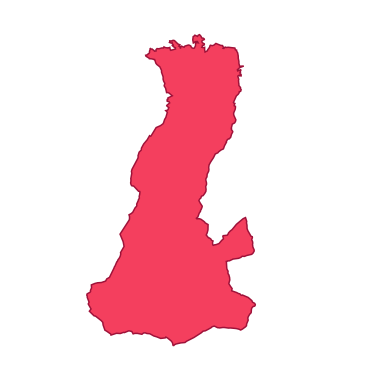 outline of Maieru, Bistrita-Nasaud, Romania, rotated 191°
{"feature_id": "2599482B60553702262624", "entity_name": "Maieru", "entity_type": "district", "adm_level": 2, "iso_a3": "ROU", "parent_name": "Romania", "parent_adm1": "Bistrita-Nasaud", "projection": "albers", "projection_center": [24.741, 47.474], "detail": "fine", "context": "isolated", "style": "filled", "palette": "rose", "viewbox_px": 384, "rotation_deg": 191, "n_neighbors": 0, "source": "geoboundaries", "source_scale": "gbopen_adm2", "svg_char_len": 6075}
<svg xmlns="http://www.w3.org/2000/svg" viewBox="0 0 384 384"><g transform="rotate(191 192 192)"><path d="M219.1,346.5L219.5,345.7L220.5,344.8L220.3,341.5L219.1,338.5L218.4,339.0L217.8,340.0L216.7,340.5L215.4,340.8L214.4,339.6L215.4,339.6L216.8,339.0L216.5,335.8L217.0,334.5L217.1,333.7L218.2,333.3L219.4,333.4L221.0,334.7L221.0,335.0L222.4,335.6L223.6,335.6L226.9,333.8L227.4,332.6L230.3,333.2L230.6,332.9L230.7,331.1L231.0,331.1L231.7,332.5L232.8,332.7L232.0,334.2L234.0,334.6L238.1,337.3L239.5,337.3L241.1,336.3L242.7,336.1L242.5,335.3L242.7,334.5L240.8,334.2L240.0,334.8L239.4,333.4L238.4,332.8L238.3,332.4L239.1,331.9L237.5,330.9L235.8,330.4L235.9,329.9L235.5,329.2L239.8,327.0L240.1,327.2L239.9,327.4L241.0,328.5L241.4,329.7L242.9,328.8L243.2,329.0L243.6,328.7L246.0,328.7L247.2,329.1L247.4,328.0L249.2,327.6L251.8,326.3L253.7,326.1L254.5,324.8L254.2,323.6L255.7,323.1L256.1,323.5L258.6,324.8L259.5,324.4L260.3,324.9L260.5,324.6L260.3,324.0L260.6,322.0L260.3,321.1L260.6,319.9L261.4,319.3L261.8,318.3L263.6,317.4L263.1,316.5L259.5,315.1L259.3,314.7L257.0,315.0L254.2,314.9L254.3,314.6L253.5,314.2L252.1,311.6L250.9,310.5L247.4,308.7L245.1,305.5L244.8,303.8L242.3,299.5L241.9,297.2L241.0,295.4L239.4,293.5L239.6,290.9L237.7,288.8L235.9,284.7L234.8,285.0L233.5,284.8L229.7,282.7L233.6,279.7L233.3,278.6L233.9,278.2L233.7,278.0L233.9,276.7L233.6,276.3L231.9,276.3L230.9,275.2L233.3,272.2L233.3,271.8L230.8,270.3L231.1,269.8L231.1,268.7L231.7,267.6L233.3,266.9L231.4,265.5L231.9,260.2L232.7,258.1L233.1,254.7L233.5,253.4L235.5,251.2L239.5,248.4L242.9,239.2L243.4,238.8L244.4,239.2L245.9,234.8L248.6,229.9L250.0,225.4L249.8,223.5L251.5,221.0L251.9,217.2L251.5,216.2L251.6,214.7L255.2,202.9L255.4,200.7L254.7,198.9L254.6,193.2L254.3,192.5L254.0,190.7L254.0,189.2L253.2,187.5L252.2,186.6L250.4,186.7L244.6,182.5L243.5,182.6L243.1,182.1L242.9,179.7L243.0,177.6L242.5,175.9L243.1,174.3L243.1,173.4L244.0,169.6L243.6,168.3L243.7,167.4L244.8,165.7L246.3,160.8L247.6,159.2L249.5,157.6L248.6,155.8L248.2,153.3L248.4,152.3L254.6,136.9L250.1,130.1L248.3,125.6L250.6,118.8L250.1,117.7L250.2,115.2L250.9,112.9L251.7,111.4L252.1,109.5L252.5,109.1L253.4,104.7L253.8,103.9L254.1,102.2L256.7,92.5L259.1,90.4L259.8,88.1L263.6,85.9L267.3,84.9L269.9,83.7L273.1,81.6L272.3,78.7L272.9,76.0L272.6,74.9L273.0,74.1L275.5,72.0L275.6,70.7L275.0,69.9L274.7,68.5L272.0,64.2L272.5,62.3L268.8,57.9L270.0,55.4L264.6,51.8L262.9,51.7L256.5,48.4L254.7,47.0L253.9,44.5L251.1,39.7L249.5,39.2L244.7,37.1L244.2,36.1L239.2,38.9L235.4,39.4L232.5,41.1L231.5,41.1L227.5,43.7L224.5,43.6L222.7,41.5L221.2,42.3L218.6,42.8L214.0,42.8L212.7,44.3L211.2,44.8L209.3,44.5L206.3,44.8L202.1,43.4L199.1,43.1L194.8,42.3L190.4,43.7L190.0,44.6L188.1,44.0L184.0,41.8L182.5,40.4L181.3,37.8L180.6,37.8L180.0,38.8L178.6,39.8L174.3,41.7L170.2,42.9L168.8,44.5L162.4,49.5L155.9,55.7L154.6,57.5L152.4,58.3L149.4,60.7L147.2,62.6L146.8,63.3L145.5,64.2L144.3,64.6L141.1,63.7L138.8,63.9L135.9,64.9L134.2,65.2L130.3,65.4L128.1,65.9L122.6,66.4L119.8,66.3L117.9,65.8L116.4,67.0L113.8,69.8L113.0,71.1L113.2,72.9L112.4,76.9L113.2,79.0L112.9,80.6L111.9,83.4L111.3,83.9L110.9,85.2L111.3,88.3L111.2,89.2L110.8,90.3L110.0,91.3L108.8,91.9L108.4,92.5L108.4,93.7L109.3,94.7L111.6,95.4L112.5,96.8L116.7,99.2L122.8,100.5L123.2,100.1L123.9,100.0L125.7,101.2L127.0,101.2L128.9,101.8L134.2,102.6L134.2,104.9L136.2,106.7L138.4,109.1L138.1,112.8L138.8,115.3L140.0,117.7L141.0,118.7L141.3,119.5L141.5,121.2L142.9,122.8L143.4,124.1L144.9,130.0L145.1,130.2L145.1,130.4L144.5,130.5L143.7,131.2L142.1,131.6L138.9,134.0L133.6,135.8L131.6,137.1L130.5,138.5L128.2,138.8L126.2,140.1L121.5,142.2L120.4,143.7L119.7,145.9L120.0,147.1L121.8,149.7L122.6,152.2L122.6,153.5L123.2,155.1L124.1,156.3L124.3,157.1L124.0,158.6L124.3,159.6L125.7,159.9L129.9,164.8L131.0,166.7L131.7,169.9L132.6,172.0L132.7,173.6L134.6,177.1L136.7,175.6L142.2,168.8L145.5,162.7L147.0,161.0L148.3,158.9L148.6,157.5L149.2,156.3L153.0,155.1L153.3,154.5L152.2,152.0L153.6,150.2L155.6,146.6L158.2,145.0L160.1,144.3L160.6,143.8L161.0,143.7L161.5,144.1L162.0,145.5L162.2,146.5L162.0,147.9L163.6,148.3L164.6,149.5L166.2,150.2L167.1,150.2L169.8,152.5L169.3,154.8L169.1,157.8L170.0,163.1L173.4,164.3L173.8,164.9L175.5,165.8L177.9,166.9L179.7,167.2L182.1,166.6L182.7,167.1L181.5,168.6L180.9,172.6L180.0,174.6L180.1,175.5L179.6,176.9L179.2,179.4L179.3,180.1L182.0,182.9L183.6,184.9L183.1,186.6L182.2,187.7L181.9,189.7L180.4,190.6L179.2,193.1L178.5,195.2L178.7,197.3L179.6,199.9L179.2,202.3L179.5,203.7L180.7,206.3L180.9,207.7L180.2,209.7L180.5,212.4L179.6,215.7L179.7,217.3L180.3,219.3L180.4,221.9L179.4,225.1L177.5,229.7L176.4,233.8L174.1,235.4L173.4,236.7L171.5,238.8L169.4,240.3L168.9,243.6L167.7,247.4L168.0,247.6L167.3,250.1L166.1,251.3L165.7,251.2L164.5,253.0L164.2,256.4L163.5,258.6L163.6,259.3L165.2,260.6L165.1,261.4L165.6,261.9L165.4,266.3L163.4,267.9L162.8,269.4L162.7,271.2L165.7,275.5L166.2,277.5L165.4,281.3L165.4,282.8L165.7,284.4L167.0,284.7L167.1,285.7L166.8,287.1L168.0,287.3L168.4,287.8L166.8,294.8L165.3,296.8L164.7,298.3L164.7,299.5L164.3,299.5L163.4,300.3L163.3,301.9L164.3,303.0L164.3,303.8L166.3,305.5L166.5,306.4L166.5,307.0L166.8,307.4L167.6,310.3L167.6,311.6L169.1,314.3L169.0,314.8L168.3,315.4L167.5,315.1L165.9,315.4L166.3,316.8L167.1,316.6L167.6,318.3L167.4,318.5L167.7,318.7L167.4,320.1L167.6,320.5L167.3,321.0L167.6,321.3L170.3,319.6L170.8,320.6L168.9,323.2L165.2,325.5L169.3,324.6L170.5,327.2L170.9,329.2L172.1,332.1L172.6,334.4L173.8,337.4L175.0,338.7L175.3,339.8L176.5,339.8L177.4,341.5L184.0,341.0L186.3,340.3L186.8,340.6L187.7,340.0L188.0,339.1L188.5,339.0L188.8,339.0L188.5,339.5L188.7,340.3L189.5,340.6L189.7,341.3L190.0,341.6L191.8,341.4L196.9,342.4L198.5,340.4L199.1,340.0L200.0,339.5L201.9,339.6L202.2,339.3L202.4,337.4L203.7,334.6L203.9,333.5L205.9,331.9L206.7,333.8L207.2,336.4L208.5,335.8L210.0,335.9L209.6,337.0L209.8,337.9L208.4,338.4L208.0,338.9L208.2,339.8L210.3,340.5L211.0,341.4L210.9,342.7L209.0,344.0L209.3,344.7L210.1,345.1L211.8,345.1L212.9,346.6L214.6,347.9L215.8,347.1L216.3,345.8L219.1,346.5Z" fill="#f43f5e" stroke="#9f1239" stroke-width="1.5"/></g></svg>